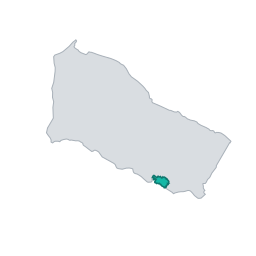 location of Saboba, Northern, Ghana, rotated 121°
{"feature_id": "2480657B56307698722921", "entity_name": "Saboba", "entity_type": "district", "adm_level": 2, "iso_a3": "GHA", "parent_name": "Ghana", "parent_adm1": "Northern", "projection": "equal_earth", "projection_center": [0.158, 9.709], "detail": "fine", "context": "in_parent", "style": "filled", "palette": "teal", "viewbox_px": 256, "rotation_deg": 121, "n_neighbors": 0, "source": "geoboundaries", "source_scale": "gbopen_adm2", "svg_char_len": 5102}
<svg xmlns="http://www.w3.org/2000/svg" viewBox="0 0 256 256"><g transform="rotate(121 128 128)"><path d="M150.4,29.2L151.9,31.1L152.2,32.2L151.7,36.2L150.6,39.1L149.9,41.7L150.0,43.0L150.6,44.4L152.9,46.5L154.1,47.8L155.4,49.9L157.0,51.9L159.7,54.5L160.8,55.0L160.8,55.7L160.4,56.7L160.2,66.4L160.0,68.9L159.8,70.2L159.5,73.8L159.2,74.4L158.7,74.3L158.2,74.5L158.1,75.2L158.3,75.9L159.9,76.5L159.6,77.0L158.4,77.5L157.8,78.6L158.1,79.8L157.4,80.9L157.6,81.5L158.0,82.0L158.7,81.8L160.6,80.2L161.4,80.0L162.4,80.3L164.2,82.9L164.3,84.1L163.5,88.4L162.8,91.7L162.7,96.2L163.4,98.6L163.3,100.0L162.5,101.2L160.6,102.9L160.8,104.1L161.6,106.2L163.2,108.7L166.3,111.7L167.9,115.6L168.0,117.2L167.0,118.7L165.9,120.1L165.6,122.1L166.1,135.2L163.6,140.9L163.6,142.5L163.8,144.4L164.5,145.5L165.7,145.9L166.8,147.0L166.4,150.9L165.9,155.0L165.8,157.0L165.5,157.9L164.5,158.7L164.2,160.0L164.4,161.6L164.2,162.7L164.7,164.3L165.9,166.2L167.7,170.8L168.3,171.2L168.7,172.2L168.5,173.2L169.2,175.2L171.1,177.3L173.2,179.1L174.9,179.4L175.3,181.0L176.5,183.1L177.3,184.0L178.6,184.6L179.6,184.9L179.7,186.7L177.8,187.8L176.5,189.7L175.5,192.4L174.1,195.4L169.4,197.0L167.6,197.0L158.0,197.1L149.0,203.0L143.8,205.2L140.6,208.5L136.3,210.9L133.3,213.8L127.1,215.2L116.9,219.7L113.7,221.5L110.5,224.7L105.2,228.4L103.2,228.3L99.0,224.9L96.0,223.1L88.4,220.5L82.7,219.4L80.0,218.3L79.3,218.1L79.9,216.9L81.5,216.8L83.1,217.2L84.4,216.2L86.2,216.1L86.7,215.1L86.9,212.6L86.9,210.6L87.5,209.7L87.7,207.3L86.8,202.0L86.1,201.4L82.8,200.7L82.6,199.6L82.0,198.5L81.4,195.8L80.7,191.8L79.5,186.8L77.3,178.5L76.8,175.6L76.4,172.6L76.3,169.1L76.8,167.8L76.7,165.9L76.5,164.1L78.1,159.9L81.2,154.8L81.8,152.9L82.4,151.6L82.5,149.8L83.0,143.8L84.5,136.6L85.4,133.8L86.1,132.4L86.8,129.9L87.0,128.8L89.8,126.0L91.1,125.2L91.4,124.1L91.0,122.9L91.2,122.1L91.9,121.6L92.9,121.3L93.7,120.1L92.5,111.2L91.6,102.4L91.5,101.6L90.9,100.4L90.4,96.7L89.4,94.6L88.1,93.9L88.1,91.9L89.5,88.5L89.8,86.5L89.2,85.9L89.1,84.4L89.6,81.8L89.3,80.3L89.1,78.6L87.7,74.8L87.4,72.0L88.1,70.4L88.1,66.9L87.4,61.5L87.3,58.1L87.8,56.6L87.5,55.3L86.5,54.0L86.5,52.7L87.3,51.5L87.2,50.6L86.2,49.9L85.2,48.2L84.4,45.6L84.6,41.3L86.2,33.5L86.4,32.9L88.2,32.9L88.2,33.3L93.8,33.2L100.2,33.1L107.9,33.0L114.9,32.9L115.2,32.6L116.4,32.1L123.4,32.9L127.8,32.5L129.7,32.8L131.1,33.3L134.1,33.0L135.7,33.2L137.0,35.1L137.4,35.1L138.1,34.3L139.3,33.3L140.6,32.6L141.5,31.1L142.0,29.9L142.8,30.2L144.0,30.1L144.7,29.1L145.0,27.6L150.4,29.2Z" fill="#d9dde1" stroke="#a8b0b8" stroke-width="1"/><path d="M153.8,65.1L153.6,65.2L153.4,65.1L153.2,65.3L153.0,65.5L152.7,65.6L152.6,66.2L152.4,66.3L152.3,66.6L152.3,66.8L152.3,67.1L152.1,67.2L152.1,67.4L152.0,67.6L152.0,67.8L151.9,67.9L151.9,68.0L151.7,68.2L151.5,68.4L151.6,69.0L151.5,69.3L151.8,69.4L151.8,69.6L152.0,69.7L152.0,69.8L152.0,70.0L152.0,69.9L151.9,70.0L151.7,70.1L151.5,70.3L151.4,70.3L151.3,70.7L151.4,71.4L151.4,71.8L151.5,71.9L151.6,72.0L151.8,72.1L151.8,72.3L152.0,72.5L152.3,72.6L152.4,72.8L152.4,72.7L152.4,72.8L152.6,72.8L152.8,72.9L152.7,73.0L152.8,73.0L153.0,73.1L153.1,73.3L153.3,73.4L153.3,73.5L153.5,73.6L153.4,74.0L152.8,75.2L152.9,75.3L153.0,75.3L153.3,75.5L153.5,75.6L153.7,75.8L153.8,75.9L153.9,76.1L153.9,76.4L154.0,76.4L153.9,76.4L153.9,76.5L153.8,76.8L153.8,77.2L153.8,77.3L154.0,77.3L154.3,77.3L154.6,77.4L154.6,77.5L154.8,77.5L155.0,77.4L155.3,77.5L155.5,77.7L155.5,77.8L155.6,78.1L155.7,78.4L155.6,78.7L155.5,78.8L155.5,79.1L155.5,79.5L155.4,79.6L155.4,79.9L155.4,80.0L155.4,80.4L155.4,80.5L155.2,81.0L155.3,81.3L155.4,81.5L155.5,81.5L155.8,81.6L156.0,81.7L156.3,81.7L156.2,81.7L156.3,81.8L156.5,81.8L156.8,81.7L157.0,81.5L157.3,81.7L157.7,81.6L157.3,80.9L157.2,80.4L157.3,80.1L157.9,80.4L158.2,80.4L158.3,80.3L158.3,80.2L158.7,80.0L158.7,79.9L158.8,79.9L159.2,79.6L159.2,79.4L159.1,79.2L158.7,79.0L158.6,78.9L158.3,79.1L157.9,79.1L157.7,79.0L157.6,78.8L157.5,78.6L157.4,78.2L157.5,77.7L157.5,77.4L157.9,77.4L158.2,77.6L158.3,77.6L158.4,77.4L158.7,77.3L158.9,77.3L159.2,77.3L159.4,77.3L159.5,77.2L159.8,77.2L159.9,77.3L160.0,77.4L160.5,77.3L160.6,77.2L160.8,77.0L160.9,76.8L160.8,76.7L160.7,76.5L160.6,76.3L160.8,75.7L160.9,75.2L160.7,75.2L160.7,74.9L160.5,74.7L160.5,74.4L160.5,74.5L160.4,74.4L160.3,74.2L160.2,74.2L160.1,73.7L160.1,73.4L160.0,73.0L159.9,72.9L159.5,72.7L159.4,72.7L159.5,72.2L159.6,71.6L159.6,71.4L159.5,71.2L159.8,71.0L159.7,70.8L159.7,70.6L159.7,70.4L159.8,70.3L159.9,70.1L159.9,69.9L160.1,69.5L160.1,69.3L160.2,69.1L160.3,68.8L160.2,68.2L160.1,67.7L160.1,67.3L160.1,67.1L160.2,66.6L160.4,66.3L160.5,66.2L160.4,66.1L160.4,65.9L160.2,65.7L160.0,65.8L160.0,66.0L159.8,65.9L159.5,65.8L159.5,65.7L159.5,65.4L159.5,65.2L159.4,65.2L159.3,65.3L159.2,65.3L159.1,65.2L159.1,64.9L158.7,64.9L158.4,64.9L158.3,65.0L158.2,65.1L158.1,65.3L158.0,65.2L157.9,65.2L157.9,65.3L157.5,65.3L157.4,65.4L157.2,65.3L156.8,65.3L156.6,65.2L156.4,65.1L156.4,64.9L156.3,64.7L156.2,64.7L155.6,64.5L155.4,64.8L155.2,65.0L155.1,65.3L155.0,65.1L154.9,65.0L154.7,65.0L154.6,64.9L154.6,65.0L154.3,64.9L154.2,65.0L153.9,65.1L153.8,65.1Z" fill="#14b8a6" stroke="#0f766e" stroke-width="1.5"/></g></svg>